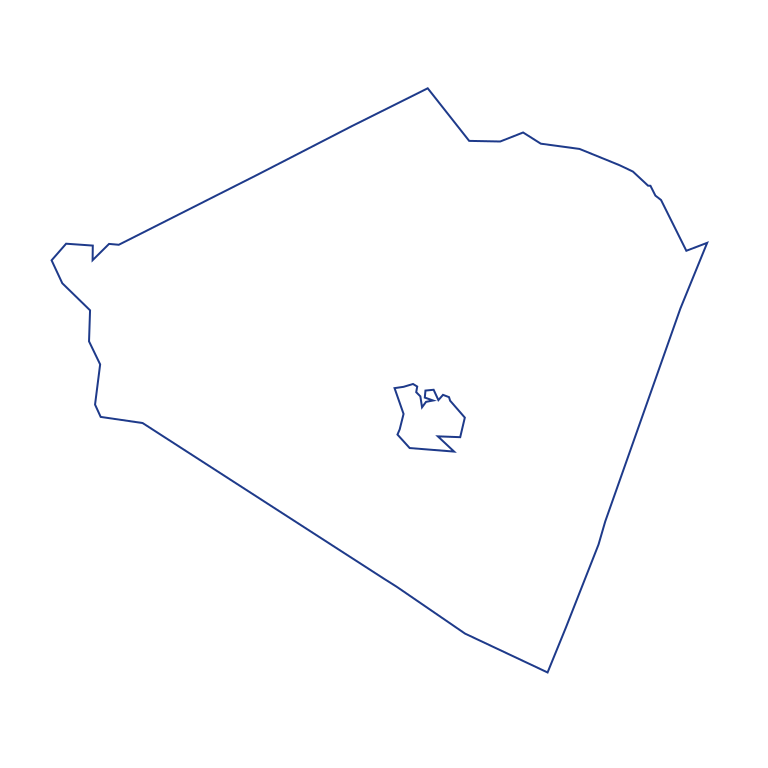 Albemarle, Virginia, United States of America, rotated 88°
{"feature_id": "52423323B56828641203792", "entity_name": "Albemarle", "entity_type": "district", "adm_level": 2, "iso_a3": "USA", "parent_name": "United States of America", "parent_adm1": "Virginia", "projection": "mercator", "projection_center": [-78.564, 38.001], "detail": "fine", "context": "isolated", "style": "outline", "palette": "blue", "viewbox_px": 768, "rotation_deg": 88, "n_neighbors": 0, "source": "geoboundaries", "source_scale": "gbopen_adm2", "svg_char_len": 918}
<svg xmlns="http://www.w3.org/2000/svg" viewBox="0 0 768 768"><g transform="rotate(88 384 384)"><path d="M414.6,626.6L578.7,390.7L587.0,378.5L636.3,311.7L678.0,230.6L633.7,210.7L551.9,175.2L529.1,167.7L319.0,85.2L254.2,56.1L261.4,77.2L209.8,100.7L205.2,106.2L195.2,110.8L195.0,113.2L180.4,127.8L173.6,140.9L155.9,180.4L149.3,218.9L137.5,236.2L145.7,259.4L144.0,290.4L90.0,330.0L125.0,406.8L169.7,501.6L235.6,644.2L234.4,653.9L250.1,670.9L235.5,670.2L232.7,696.8L248.8,711.9L272.1,702.0L300.1,675.2L331.1,677.3L354.5,667.0L394.5,673.5L407.0,668.3L414.6,626.6ZM385.0,355.0L387.7,350.9L393.3,352.1L397.6,348.1L408.6,346.8L403.3,342.6L402.2,335.5L399.0,343.7L392.0,342.8L391.5,334.6L402.0,330.2L396.9,325.4L399.4,319.5L403.0,318.5L420.4,304.4L439.8,309.7L438.2,332.0L454.0,316.3L448.9,360.6L435.0,372.3L429.9,369.9L414.6,365.5L388.5,373.6L387.5,364.5L385.0,355.0Z" fill="none" stroke="#1e3a8a" stroke-width="2"/></g></svg>